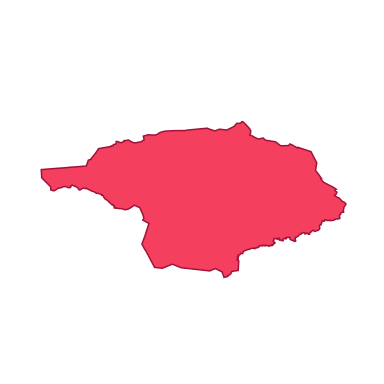 Kalncempju pag., Aluksne, Latvia, rotated 21°
{"feature_id": "27541924B44633250029767", "entity_name": "Kalncempju pag.", "entity_type": "district", "adm_level": 2, "iso_a3": "LVA", "parent_name": "Latvia", "parent_adm1": "Aluksne", "projection": "robinson", "projection_center": [26.892, 57.332], "detail": "fine", "context": "isolated", "style": "filled", "palette": "rose", "viewbox_px": 384, "rotation_deg": 21, "n_neighbors": 0, "source": "geoboundaries", "source_scale": "gbopen_adm2", "svg_char_len": 5980}
<svg xmlns="http://www.w3.org/2000/svg" viewBox="0 0 384 384"><g transform="rotate(21 192 192)"><path d="M184.1,275.8L191.7,273.8L199.5,266.4L209.0,266.6L236.9,259.3L239.3,256.9L241.4,255.1L249.1,255.9L249.3,256.6L250.5,257.8L252.5,260.3L255.7,258.0L255.6,256.9L256.0,256.8L257.5,254.7L257.7,251.8L263.3,248.7L260.3,239.5L258.7,239.4L258.2,238.8L258.4,238.3L259.1,238.1L259.2,237.6L258.9,237.3L258.8,236.9L258.4,236.5L257.5,236.3L257.5,236.0L258.4,235.8L258.6,235.1L257.9,234.8L257.7,234.5L257.8,234.2L258.5,233.9L258.9,233.6L259.5,232.6L259.6,232.1L259.6,231.9L260.4,231.6L261.0,231.5L261.4,231.2L261.2,230.2L261.2,229.0L261.3,228.9L264.5,225.9L266.0,224.9L267.2,223.9L267.4,223.6L267.7,223.3L269.4,222.5L271.0,222.4L270.9,221.9L271.0,221.6L271.4,221.4L272.1,221.2L272.4,221.0L272.8,220.8L272.9,220.2L273.6,219.9L274.2,219.3L274.3,218.8L274.1,218.1L275.0,217.9L275.3,217.5L275.7,217.1L276.6,217.3L277.1,217.2L277.6,216.5L277.7,216.0L277.9,215.9L278.7,216.2L279.3,216.2L280.1,215.6L280.0,215.2L280.6,215.4L281.2,215.3L282.3,214.8L282.5,215.0L283.6,214.9L283.5,214.3L283.7,214.1L284.1,213.9L285.0,213.8L286.0,213.3L285.9,213.0L285.5,212.5L285.8,212.4L286.4,212.5L286.7,212.1L286.9,211.7L286.6,211.3L286.6,211.0L286.9,210.8L287.4,210.4L287.7,210.0L287.6,209.5L287.2,209.3L285.9,209.2L285.4,208.7L285.3,208.3L285.7,207.6L285.6,207.3L285.3,206.8L285.3,206.5L286.4,205.8L286.3,205.6L287.4,205.3L288.1,205.5L288.7,205.5L289.0,205.3L288.9,205.0L289.1,204.3L289.6,204.2L289.9,203.9L290.0,203.9L290.1,204.1L290.2,204.6L290.6,204.9L290.7,205.5L290.8,205.6L291.8,205.0L292.2,205.1L292.5,205.3L293.1,205.1L293.6,205.2L294.0,205.1L294.5,204.7L294.2,204.4L294.1,204.2L293.9,203.7L293.9,203.4L294.5,202.5L296.3,202.2L296.7,201.9L296.6,201.5L296.0,201.1L296.1,200.8L296.6,200.6L297.4,200.4L299.1,199.4L299.6,199.4L299.9,199.7L300.0,200.2L300.3,200.7L300.8,201.1L301.5,201.2L304.8,201.3L305.4,201.3L306.0,201.1L306.4,200.5L306.2,200.2L305.6,200.1L305.4,200.0L305.5,199.5L304.7,198.9L304.8,198.7L305.1,198.2L305.2,197.8L305.0,197.1L305.1,196.8L306.1,196.4L306.9,195.3L307.8,192.9L309.0,192.1L308.8,191.5L309.9,190.7L310.5,190.1L310.5,189.9L310.9,189.8L311.6,190.0L312.3,190.6L312.9,190.6L313.3,190.1L313.4,189.6L313.5,189.4L313.8,189.1L314.2,189.0L314.7,189.1L315.4,189.7L316.0,189.7L316.7,189.4L317.0,189.1L316.8,188.5L316.7,187.3L317.4,186.6L317.9,186.3L318.0,185.7L317.9,185.3L318.0,184.9L318.6,184.4L318.9,184.3L320.3,184.8L320.7,184.8L321.1,184.6L322.1,183.5L323.2,182.9L323.9,181.8L324.3,181.1L324.2,179.7L323.4,178.7L323.0,177.6L323.3,177.1L324.2,176.5L324.3,176.0L324.0,175.6L324.1,175.0L324.3,174.4L323.8,173.0L323.8,172.4L324.0,172.2L325.8,172.0L326.2,171.5L326.1,170.2L326.3,170.1L327.6,170.0L328.1,170.2L328.7,170.1L329.1,169.7L329.6,169.7L330.0,169.6L330.5,169.2L331.7,169.1L331.9,168.8L332.4,168.7L334.2,167.7L334.4,167.3L335.2,166.9L335.3,166.3L335.6,166.1L335.9,165.9L336.1,165.3L336.3,165.2L336.7,165.2L337.4,165.2L338.0,164.7L339.3,164.0L339.5,163.6L339.3,163.0L338.3,161.9L338.1,161.6L338.2,160.7L338.7,159.8L338.7,159.1L338.6,158.5L338.5,158.0L338.7,157.7L339.6,157.1L340.7,156.6L340.8,156.3L340.8,156.2L340.3,155.8L339.9,155.2L339.7,153.8L339.7,153.3L339.5,152.3L339.3,151.8L339.4,151.2L339.6,150.6L339.7,150.1L340.0,149.1L340.1,148.7L340.0,148.2L339.8,147.8L338.5,147.2L337.8,147.0L336.1,146.9L335.3,146.7L331.9,145.1L331.0,144.9L328.8,144.8L326.6,144.3L326.1,144.1L326.0,143.9L326.3,143.4L327.3,142.6L327.4,142.2L327.3,141.2L327.4,140.4L327.2,140.1L325.7,139.8L325.3,139.6L324.9,139.3L324.8,138.6L324.9,138.3L325.6,137.7L322.4,137.0L311.5,135.8L309.5,134.8L307.7,133.6L308.2,133.1L304.2,130.4L299.5,127.5L299.0,124.8L298.0,120.0L292.3,115.0L288.7,111.7L274.9,112.3L274.8,113.2L268.4,112.1L266.1,112.1L265.6,114.0L258.2,117.1L252.1,115.2L241.8,117.3L239.1,116.1L235.2,118.6L234.3,118.8L230.8,118.5L227.9,118.0L225.3,118.0L225.3,117.7L225.6,116.6L225.3,114.9L224.7,113.6L224.0,113.1L223.5,112.5L223.1,112.3L222.9,112.3L222.4,111.9L218.0,109.7L214.5,108.2L213.4,108.4L212.9,109.8L211.8,110.8L210.7,111.4L209.2,111.7L207.7,115.9L202.2,121.7L195.1,123.5L191.6,126.7L184.6,127.1L183.6,126.9L179.2,129.0L165.0,136.1L163.8,137.0L153.6,141.0L148.8,143.2L145.9,144.4L144.6,145.1L142.3,146.7L140.6,148.1L138.8,150.7L137.7,151.8L132.6,153.7L131.5,153.9L130.6,154.2L126.5,157.3L128.6,160.3L126.7,163.0L126.7,163.3L122.7,165.6L122.7,165.8L121.8,166.1L120.9,166.7L120.6,166.8L118.8,166.9L117.8,166.8L117.3,167.0L117.2,166.8L116.0,166.6L115.9,166.5L115.2,166.4L114.2,166.3L113.7,166.3L113.3,166.8L112.2,167.4L110.1,168.4L110.4,169.3L108.3,171.2L107.8,171.5L107.2,171.6L104.5,171.5L103.1,172.1L103.9,174.2L103.2,175.0L102.0,175.5L101.5,176.1L101.8,177.0L99.9,178.1L100.1,178.5L99.9,178.8L99.8,178.7L97.0,180.3L89.2,185.0L88.5,188.4L87.9,190.8L85.6,197.8L85.8,197.9L83.8,199.4L84.0,205.7L81.2,206.9L77.0,209.0L70.5,212.0L64.5,215.0L57.0,218.5L43.2,225.1L45.5,230.1L46.6,232.6L58.2,237.8L59.6,240.8L62.0,240.5L63.1,240.1L65.6,236.6L66.9,235.7L67.7,235.3L68.3,234.9L70.1,233.1L71.9,232.3L73.2,232.2L75.1,232.2L75.6,232.1L76.7,231.6L76.9,231.4L77.0,231.0L77.0,230.8L76.6,230.2L77.1,229.5L77.4,228.8L77.7,228.6L78.0,228.5L82.9,228.8L83.9,229.1L85.7,230.4L86.0,230.5L86.6,230.3L88.7,227.7L89.1,227.3L89.6,227.1L90.1,226.9L91.3,227.1L91.8,226.5L92.0,226.5L92.6,226.5L94.0,226.7L96.0,226.8L98.3,227.1L99.6,226.9L101.1,227.0L103.1,227.5L105.2,226.9L106.6,226.8L107.2,226.7L108.5,227.0L108.7,227.4L108.9,227.5L109.4,226.9L110.0,227.2L110.7,227.7L111.6,228.5L113.3,229.6L114.2,229.9L114.7,229.8L116.8,230.4L118.8,231.5L119.7,231.5L121.0,232.3L122.2,232.7L122.4,232.6L122.3,232.1L122.5,232.0L122.9,232.2L123.6,232.9L124.5,233.2L124.5,233.5L126.0,233.9L125.9,234.2L125.2,234.7L125.3,234.8L126.9,234.3L130.7,233.4L131.8,232.8L135.6,232.6L136.1,232.4L138.3,231.1L139.4,229.9L140.2,228.9L141.6,227.0L142.7,225.1L148.9,225.3L155.1,231.7L156.5,234.0L156.1,235.9L163.1,236.8L163.4,243.7L163.8,249.3L163.9,258.6L168.2,262.3L170.4,263.8L184.1,275.8Z" fill="#f43f5e" stroke="#9f1239" stroke-width="1.5"/></g></svg>